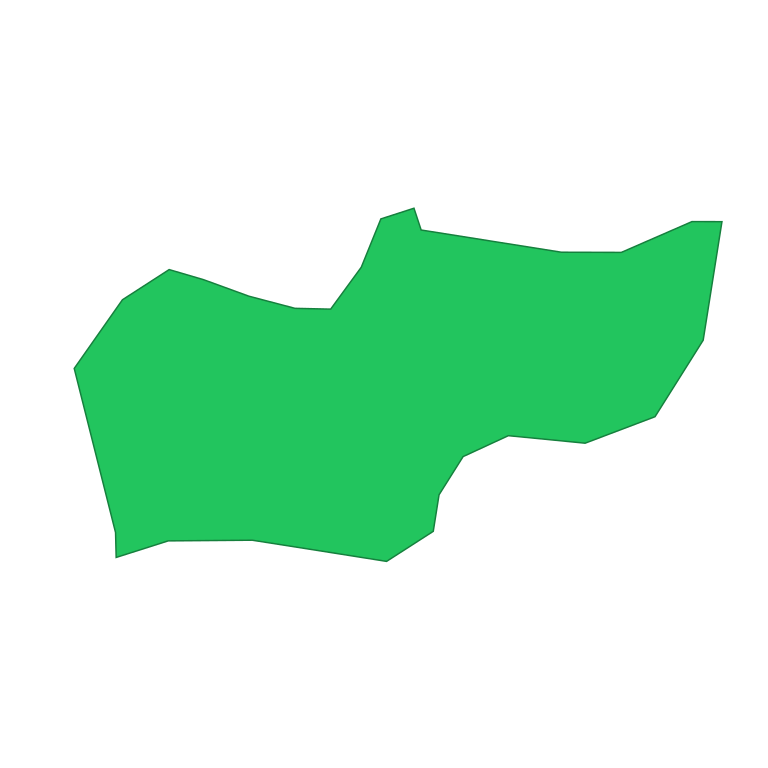 an SVG outline of Torfaen, rotated 99°
{"feature_id": "GBR-2134", "entity_name": "Torfaen", "entity_type": "Unitary Authority (wales)", "adm_level": 1, "iso_a3": "GBR", "parent_name": "United Kingdom", "parent_adm1": "", "projection": "natural_earth1", "projection_center": [-3.053, 51.7], "detail": "fine", "context": "isolated", "style": "filled", "palette": "green", "viewbox_px": 768, "rotation_deg": 99, "n_neighbors": 0, "source": "natural_earth", "source_scale": "10m", "svg_char_len": 539}
<svg xmlns="http://www.w3.org/2000/svg" viewBox="0 0 768 768"><g transform="rotate(99 384 384)"><path d="M417.1,692.4L341.7,655.5L304.6,614.1L309.2,578.5L318.4,531.3L323.2,483.8L318.4,448.4L272.2,424.7L221.4,412.9L205.7,381.9L226.1,371.4L226.1,300.4L226.1,229.4L216.9,170.2L175.4,105.2L170.8,75.6L230.7,75.6L290.8,75.6L373.9,111.2L411.0,176.1L415.6,253.1L443.3,294.5L484.8,312.3L521.8,312.3L558.8,353.7L558.8,401.0L558.9,489.7L572.7,572.6L597.2,621.4L572.7,625.9L417.1,692.4Z" fill="#22c55e" stroke="#15803d" stroke-width="1.5"/></g></svg>